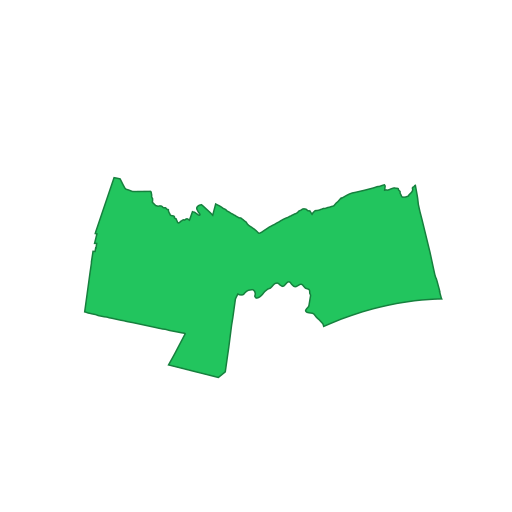 outline of Joita, Giurgiu, Romania, rotated 321°
{"feature_id": "2599482B22090159285998", "entity_name": "Joita", "entity_type": "district", "adm_level": 2, "iso_a3": "ROU", "parent_name": "Romania", "parent_adm1": "Giurgiu", "projection": "equal_earth", "projection_center": [25.867, 44.487], "detail": "fine", "context": "isolated", "style": "filled", "palette": "green", "viewbox_px": 512, "rotation_deg": 321, "n_neighbors": 0, "source": "geoboundaries", "source_scale": "gbopen_adm2", "svg_char_len": 6139}
<svg xmlns="http://www.w3.org/2000/svg" viewBox="0 0 512 512"><g transform="rotate(321 256 256)"><path d="M228.6,277.9L231.3,279.4L231.9,279.8L232.2,280.1L232.5,280.6L232.6,281.1L232.7,281.7L232.6,282.9L232.5,283.4L232.1,283.9L231.9,284.6L231.4,285.2L229.9,286.4L229.6,286.9L229.6,287.6L229.6,288.6L229.7,288.8L229.9,289.0L231.0,289.6L231.9,289.9L233.2,290.1L234.6,290.1L236.8,289.9L239.3,289.3L240.1,289.2L240.5,289.1L241.1,289.1L244.2,289.1L245.8,289.6L246.9,290.0L249.1,289.8L251.3,289.4L252.9,289.3L253.9,289.5L255.4,290.3L255.9,291.0L256.2,291.8L256.5,293.9L256.9,294.9L257.3,296.1L257.9,296.4L258.4,296.7L259.2,296.8L260.0,296.7L263.5,296.2L264.8,296.4L265.5,297.0L265.8,297.4L265.9,297.9L266.0,298.4L265.9,300.1L266.0,301.4L266.3,303.3L267.1,304.5L267.8,304.9L268.3,305.1L272.0,305.7L272.7,305.9L273.2,306.3L273.6,306.7L274.0,307.8L274.0,308.6L274.0,309.8L274.1,311.4L274.2,312.2L275.3,313.9L275.7,314.5L275.9,314.9L276.1,315.7L276.0,316.3L275.7,316.9L275.0,317.9L274.6,318.4L274.3,318.9L274.0,320.2L273.7,320.9L273.1,321.5L266.1,327.7L265.0,328.4L262.0,328.9L260.5,329.4L260.1,329.8L259.9,330.6L260.2,331.9L261.4,333.4L263.9,336.1L264.5,337.7L264.4,341.5L264.6,343.3L265.0,345.5L265.1,347.3L265.3,350.4L265.2,351.1L264.9,352.0L264.3,353.3L272.0,355.5L282.4,358.6L292.6,362.2L303.5,366.3L313.8,370.7L320.6,373.9L327.9,377.5L335.8,381.6L341.0,384.6L351.0,390.5L357.3,394.6L367.1,401.5L370.2,403.8L373.3,406.2L373.6,405.1L376.2,399.3L376.4,399.4L377.4,397.3L380.9,389.4L381.9,386.9L382.1,385.8L383.2,383.1L384.9,379.7L393.4,362.9L407.9,332.2L411.4,324.5L414.6,318.1L417.8,313.1L419.2,310.7L424.3,301.4L423.7,301.2L423.1,301.4L422.1,301.6L421.3,301.3L420.3,301.6L419.6,303.0L418.3,304.0L416.8,304.4L414.0,304.7L412.8,304.9L412.1,305.3L409.1,304.2L406.9,302.5L406.7,301.8L406.8,300.8L407.1,299.9L407.5,297.9L408.5,296.6L408.5,295.7L408.3,294.6L408.9,293.2L408.7,292.7L407.0,291.0L406.3,290.1L405.3,289.6L403.2,288.8L401.3,288.3L399.6,287.6L398.7,286.5L397.4,285.8L400.4,282.9L400.6,281.5L399.5,281.0L398.0,280.4L395.9,279.7L393.9,278.4L390.3,277.1L381.5,273.1L373.3,269.1L370.5,267.6L367.6,266.6L364.9,266.0L358.8,265.0L359.0,264.7L358.7,264.5L357.8,264.6L353.8,265.3L351.7,265.3L348.5,265.9L348.2,266.0L347.8,265.9L346.9,265.6L346.0,265.1L344.2,264.5L343.4,264.1L342.1,263.4L341.1,263.1L340.2,262.8L339.4,262.4L338.5,261.6L338.0,261.4L337.4,261.2L336.8,261.1L335.7,260.6L334.3,260.2L333.4,259.8L332.3,259.2L330.7,258.1L330.3,258.0L327.8,258.2L327.0,258.4L326.5,258.7L325.8,258.9L326.2,254.8L325.9,254.8L325.5,254.2L324.7,253.3L324.6,252.9L324.6,252.7L324.6,252.1L324.5,251.5L324.2,251.0L323.6,250.2L323.0,249.6L322.3,249.1L321.9,248.9L321.5,248.8L319.8,248.7L317.8,248.1L317.4,248.1L317.0,248.1L315.8,248.4L314.9,248.3L314.0,248.2L313.2,248.0L312.2,247.5L311.3,247.5L309.8,247.0L308.0,246.8L307.2,246.4L305.6,246.2L304.7,246.0L303.5,245.5L301.2,244.9L299.9,244.6L299.1,244.5L297.7,244.2L295.4,244.0L292.7,243.4L290.1,243.1L288.3,242.6L286.4,242.3L285.2,242.0L283.7,241.8L283.4,241.7L282.6,241.8L281.7,241.6L281.0,241.6L279.5,241.4L275.5,241.1L273.6,240.7L272.9,240.4L272.6,240.2L272.4,239.9L272.0,236.3L271.5,233.7L270.9,232.0L270.7,230.9L270.2,229.6L269.6,227.6L269.4,225.7L269.6,224.1L269.7,223.6L269.6,223.2L269.2,221.8L269.1,221.3L269.0,220.9L268.9,220.6L268.9,220.0L268.7,219.3L268.4,218.3L268.4,217.7L268.0,216.8L267.8,216.6L267.0,215.8L266.7,215.5L266.6,215.2L266.4,214.5L266.3,214.2L266.0,213.7L265.8,213.0L265.6,212.6L265.4,212.1L265.3,211.5L265.2,211.1L264.8,210.6L264.7,210.2L264.1,208.4L263.7,207.9L263.4,207.0L263.0,205.7L262.7,204.7L262.0,203.2L261.8,202.7L261.8,202.2L261.7,201.1L261.3,200.0L260.4,198.3L260.3,197.7L259.9,196.2L259.6,195.3L258.9,193.5L258.2,192.1L257.4,190.2L248.0,197.1L247.8,194.7L247.8,194.3L247.4,191.4L246.4,184.3L245.9,181.8L244.2,181.0L243.0,180.7L242.4,180.7L240.9,180.9L240.4,181.2L239.9,181.7L239.7,182.0L239.5,182.5L239.1,184.3L238.8,185.8L238.8,187.8L238.7,188.2L238.6,188.5L238.2,188.8L237.9,188.8L237.6,188.7L237.4,188.5L237.0,187.8L236.9,187.4L236.7,186.6L236.2,184.9L235.9,183.6L235.7,183.2L234.8,182.2L234.5,181.6L226.8,186.3L226.4,185.0L226.3,184.5L226.1,184.1L225.8,183.7L225.1,183.3L224.7,183.2L224.3,183.2L223.5,183.2L223.1,183.2L222.9,183.0L222.6,182.4L222.4,182.2L222.1,182.1L221.9,182.1L221.3,181.9L220.0,181.9L219.2,181.6L218.7,181.8L218.2,181.8L217.3,181.8L216.7,181.6L216.4,181.4L216.3,181.0L216.2,180.5L216.7,178.9L216.8,178.1L217.0,177.8L217.3,176.8L216.6,175.3L216.6,175.0L216.7,174.8L217.3,174.1L217.3,173.8L217.3,173.4L216.8,172.6L215.6,171.3L215.3,170.6L215.2,170.1L215.3,169.6L215.6,168.8L215.7,168.3L215.7,167.8L215.8,167.3L216.0,166.8L216.5,165.5L217.0,165.0L217.0,164.8L217.0,164.7L216.8,164.5L216.4,163.9L216.2,163.5L216.1,163.1L216.1,161.8L215.9,161.4L214.8,160.6L214.5,160.3L214.3,159.9L214.2,158.7L214.1,158.3L214.0,157.9L213.5,157.2L212.6,156.4L211.9,156.1L211.2,155.7L210.9,155.4L210.5,154.6L209.9,153.9L209.8,153.6L209.7,153.0L209.3,149.0L209.4,148.8L209.7,148.6L210.2,148.2L211.7,146.4L211.7,146.2L211.9,145.3L212.0,144.7L212.3,144.1L213.1,143.2L213.7,142.3L213.9,141.8L214.6,140.6L214.8,139.8L214.7,139.4L201.7,129.1L200.4,127.9L200.0,127.1L198.5,124.5L197.2,122.6L197.0,122.1L196.9,121.6L196.8,120.9L196.9,120.4L197.1,119.2L197.6,116.6L198.5,112.6L198.9,110.5L196.3,107.3L195.0,105.8L146.9,136.2L145.2,137.4L146.3,138.7L138.5,144.6L140.1,146.0L136.7,149.1L136.5,148.8L133.8,151.2L132.3,149.8L126.5,155.1L124.4,157.0L123.6,158.0L117.4,163.7L87.7,191.6L88.2,192.2L89.7,194.7L90.9,196.1L92.1,197.7L94.6,200.7L95.9,203.0L99.7,207.6L101.4,209.3L102.1,210.2L103.1,211.7L104.6,213.4L110.5,220.8L112.8,223.4L113.6,224.6L114.7,226.0L118.4,230.3L124.7,238.1L133.0,248.4L135.2,251.2L136.4,252.6L137.3,253.8L139.4,255.9L140.0,256.7L141.9,259.4L147.9,266.5L149.6,268.6L151.6,270.8L152.1,271.7L152.0,271.9L131.4,280.8L125.0,283.4L119.5,285.6L150.3,326.7L159.2,326.7L170.7,316.0L177.4,309.8L193.6,294.3L199.1,289.4L212.9,276.5L214.2,275.8L218.0,274.1L218.5,275.3L218.7,275.6L219.2,276.2L220.1,277.0L220.9,277.6L221.7,277.9L222.3,278.0L224.2,277.6L224.9,277.6L226.1,277.5L227.1,277.6L227.8,277.7L228.6,277.9Z" fill="#22c55e" stroke="#15803d" stroke-width="1.5"/></g></svg>